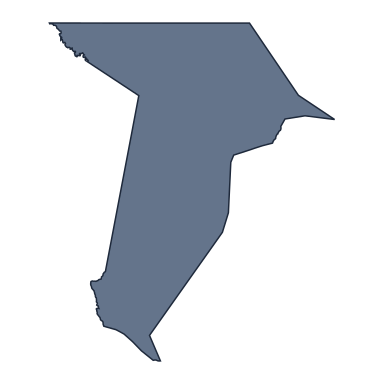 outline of Markham District, Morobe, Papua New Guinea
{"feature_id": "67681753B75894454378558", "entity_name": "Markham District", "entity_type": "district", "adm_level": 2, "iso_a3": "PNG", "parent_name": "Papua New Guinea", "parent_adm1": "Morobe", "projection": "natural_earth1", "projection_center": [146.054, -6.474], "detail": "fine", "context": "isolated", "style": "filled", "palette": "slate", "viewbox_px": 384, "rotation_deg": 0, "n_neighbors": 0, "source": "geoboundaries", "source_scale": "gbopen_adm2", "svg_char_len": 3288}
<svg xmlns="http://www.w3.org/2000/svg" viewBox="0 0 384 384"><path d="M272.5,143.1L272.8,142.5L273.0,141.6L273.5,140.9L273.6,140.4L273.9,140.1L274.7,139.4L275.5,138.7L275.7,138.3L275.7,137.6L275.9,136.8L276.3,135.6L277.1,134.2L277.9,133.8L277.8,133.3L278.4,132.6L278.7,131.8L279.4,130.9L280.4,130.3L280.8,129.3L281.0,128.1L280.8,126.4L285.0,119.0L305.0,115.8L334.6,119.5L298.4,95.3L249.5,23.1L212.2,23.1L195.0,23.1L114.1,23.1L49.4,23.0L49.7,23.8L50.6,23.7L51.2,23.7L52.8,24.1L53.1,24.4L53.6,25.3L55.1,25.3L55.7,25.6L56.3,26.2L56.7,27.1L56.8,28.0L57.4,28.7L58.2,29.1L59.7,31.0L60.9,31.1L61.1,32.4L61.1,33.0L60.6,33.7L59.8,33.7L59.4,34.1L59.4,34.6L60.4,36.5L60.8,36.9L61.5,37.1L61.7,37.4L61.5,37.8L60.8,38.0L60.8,40.1L61.8,39.2L62.3,39.5L62.4,40.3L62.7,41.1L62.9,42.4L63.3,42.9L64.0,42.8L64.8,42.4L65.5,43.4L65.0,44.5L65.3,45.6L66.5,47.1L67.6,47.4L67.9,47.8L69.0,47.3L69.5,47.4L70.1,47.9L70.1,49.1L70.4,49.2L71.0,49.1L71.9,48.1L72.2,48.1L72.2,49.4L72.6,50.3L73.4,51.2L74.0,51.6L74.7,51.3L75.2,51.3L75.5,51.6L75.5,51.8L75.4,52.3L74.5,53.2L74.6,53.9L74.9,54.4L75.1,55.6L75.4,56.0L75.8,56.1L76.7,56.7L77.1,56.6L77.1,55.6L77.2,55.4L79.4,55.7L80.1,55.7L80.3,55.3L80.3,54.9L80.2,54.7L79.7,54.5L79.4,54.0L79.8,53.5L80.4,53.5L80.8,53.7L81.3,53.7L82.4,52.9L82.7,52.9L83.1,53.4L83.2,53.9L84.3,54.9L83.4,55.4L83.1,55.9L83.1,56.8L83.4,57.3L84.1,57.4L84.7,57.1L85.4,57.1L85.8,57.6L85.7,58.2L85.3,58.7L85.2,59.7L85.4,60.3L85.6,60.5L85.8,60.5L86.0,60.1L86.0,59.4L86.3,59.1L86.3,58.9L86.7,58.9L87.0,59.2L87.1,59.8L87.4,60.1L87.8,60.1L88.2,60.5L87.9,61.6L87.4,61.7L138.8,95.6L131.2,135.8L117.5,207.9L105.4,271.6L104.6,272.1L104.1,272.4L103.7,273.3L103.2,273.7L103.1,274.2L103.0,274.8L102.9,275.6L102.6,276.0L101.5,276.9L101.4,277.9L101.1,279.1L100.0,279.3L98.9,279.6L97.7,280.7L97.1,280.8L96.3,281.2L95.9,281.4L95.7,281.4L95.1,281.1L94.2,281.2L93.6,281.2L93.2,281.2L92.9,281.1L92.6,281.0L92.2,281.0L91.7,281.2L91.1,281.5L90.8,282.0L90.8,282.4L90.8,282.8L90.8,283.2L90.7,283.7L90.6,284.0L90.8,284.5L90.8,285.1L91.1,285.7L91.3,286.2L91.4,286.4L91.6,287.2L91.7,288.0L92.0,288.4L92.3,288.9L92.7,289.3L93.1,289.6L93.2,289.9L93.5,290.3L93.9,290.6L94.1,290.9L94.1,291.3L94.2,291.7L94.4,292.2L94.6,292.7L94.7,293.2L94.6,293.5L94.7,293.8L95.1,294.6L95.4,295.1L95.3,295.8L95.4,296.3L95.5,296.9L95.7,297.3L96.0,297.6L96.3,297.8L96.4,299.1L96.5,299.9L96.5,300.7L96.4,301.4L96.4,301.8L96.5,302.1L96.9,302.3L97.2,302.7L97.4,303.2L97.3,303.5L97.1,304.2L96.8,304.7L96.7,305.1L97.2,305.5L97.6,305.8L98.0,305.8L98.3,306.2L98.4,306.9L98.5,307.6L98.6,308.0L98.8,308.4L97.9,308.2L97.5,308.4L96.8,308.5L96.6,308.6L96.3,308.9L96.4,309.4L96.8,310.0L96.7,310.9L96.9,311.3L97.1,311.8L97.2,312.4L97.3,312.9L97.1,313.2L97.1,313.5L97.4,314.3L97.6,314.7L98.2,315.2L98.6,315.9L98.9,316.2L99.1,316.4L99.3,316.8L99.6,317.0L100.2,318.0L100.3,318.9L100.5,319.5L100.6,319.8L101.0,320.2L101.3,320.5L102.0,320.9L102.5,321.2L102.8,321.7L103.0,322.3L103.1,322.9L103.1,323.8L103.2,324.5L103.4,325.1L103.9,326.0L103.9,326.3L116.0,329.7L120.2,331.9L124.1,334.1L132.6,341.7L141.5,350.9L153.2,360.3L154.1,360.1L155.2,360.0L156.3,360.1L157.4,360.7L159.0,361.0L160.4,360.9L149.5,335.4L222.4,232.3L228.4,212.8L229.5,189.4L230.8,162.3L233.7,155.1L250.7,149.6L254.7,148.2L262.5,145.7L272.5,143.1Z" fill="#64748b" stroke="#1e293b" stroke-width="1.5"/></svg>